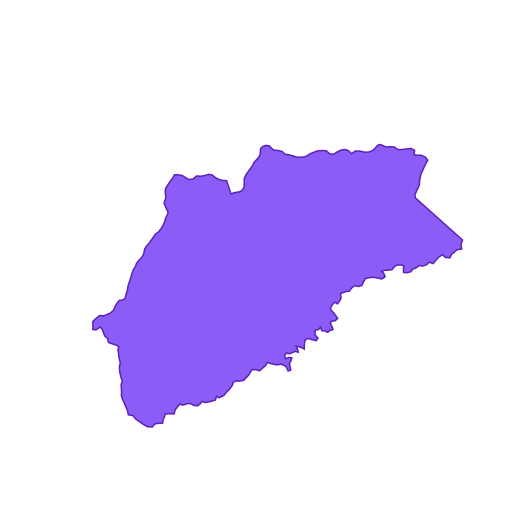 Boa Esperança do Sul, São Paulo, Brazil, rotated 145°
{"feature_id": "56859067B58098151233550", "entity_name": "Boa Esperança do Sul", "entity_type": "district", "adm_level": 2, "iso_a3": "BRA", "parent_name": "Brazil", "parent_adm1": "São Paulo", "projection": "mercator", "projection_center": [-48.46, -21.949], "detail": "fine", "context": "isolated", "style": "filled", "palette": "violet", "viewbox_px": 512, "rotation_deg": 145, "n_neighbors": 0, "source": "geoboundaries", "source_scale": "gbopen_adm2", "svg_char_len": 3748}
<svg xmlns="http://www.w3.org/2000/svg" viewBox="0 0 512 512"><g transform="rotate(145 256 256)"><path d="M321.3,162.9L318.8,159.9L315.0,160.4L311.3,160.7L307.8,162.3L305.3,159.0L301.4,154.9L297.3,152.9L294.8,148.4L295.6,143.3L292.9,142.7L291.4,146.2L290.3,148.8L287.6,150.1L285.0,152.1L287.4,154.2L290.4,154.6L290.1,157.7L286.7,159.2L284.9,156.8L282.0,156.1L278.4,155.3L276.6,153.0L275.3,156.2L274.9,159.2L271.4,155.2L269.8,152.1L266.8,156.3L263.8,159.0L260.9,158.8L258.7,156.1L255.2,152.1L252.3,153.2L252.9,157.5L250.0,161.4L246.8,159.8L244.1,160.7L244.9,157.0L242.6,155.2L241.0,152.3L238.3,152.6L235.2,151.5L234.2,154.3L233.9,158.4L231.2,159.2L228.3,157.5L224.9,158.1L224.9,162.8L225.2,166.8L225.6,170.1L221.3,172.4L217.7,172.9L216.8,170.1L213.6,171.0L210.3,172.9L208.4,176.7L203.8,175.7L199.7,173.7L196.1,174.9L192.0,175.1L189.5,172.2L186.2,171.2L179.4,174.8L174.8,172.9L171.1,170.4L168.3,167.4L166.2,165.1L162.2,164.9L161.3,168.5L161.9,171.2L158.7,170.5L156.2,168.7L152.4,166.8L148.7,168.0L145.5,167.6L142.2,165.4L140.6,163.1L142.6,161.0L144.5,157.9L142.0,155.7L138.1,154.3L135.3,155.4L132.0,154.5L127.8,154.6L125.2,152.1L121.0,151.0L117.8,151.7L115.3,148.2L111.2,149.3L106.6,150.3L102.6,150.1L101.5,145.9L98.1,143.3L94.9,145.2L91.7,145.4L87.8,145.9L83.6,143.7L81.4,148.0L77.7,150.6L92.1,212.0L91.0,214.7L87.2,217.2L84.1,218.8L81.3,220.7L78.2,224.5L74.1,228.3L70.4,230.5L67.7,232.1L64.1,234.1L60.3,236.0L60.6,239.9L62.9,243.8L65.9,245.8L68.4,248.5L65.5,251.5L67.2,255.2L70.6,256.9L74.0,258.8L76.5,260.1L78.8,261.9L80.0,265.8L83.7,268.8L87.1,270.8L88.9,274.2L91.2,276.7L94.3,276.6L97.7,275.7L101.1,275.7L104.5,276.7L107.6,278.9L110.3,281.9L114.3,285.0L119.0,285.0L120.0,289.6L122.0,292.2L125.6,294.0L130.0,294.7L134.2,294.8L137.0,297.5L138.1,301.9L141.3,304.4L145.2,306.8L149.8,308.0L153.0,308.7L156.3,308.8L159.6,309.4L162.6,311.3L165.9,313.5L168.1,316.6L170.9,319.9L173.9,322.8L174.6,326.5L177.2,329.7L180.7,332.4L181.5,335.5L181.9,338.6L184.7,341.1L187.8,341.8L190.6,341.4L193.7,337.5L196.4,335.5L200.2,334.6L204.3,333.7L206.8,332.1L211.8,330.4L217.1,328.5L221.0,326.4L226.2,319.3L229.7,317.7L232.7,318.0L237.8,320.5L240.9,321.0L236.9,334.6L239.8,336.9L242.3,339.7L244.2,343.2L245.5,347.6L248.1,350.1L251.8,351.3L255.5,353.0L258.7,355.6L263.6,355.2L267.0,357.1L268.5,359.9L270.1,364.0L272.9,366.9L276.2,369.3L279.0,367.9L283.7,366.3L287.5,364.8L291.3,363.2L293.7,360.4L296.6,355.2L301.0,352.1L302.4,345.2L303.0,342.0L308.7,338.5L311.7,336.1L315.0,334.2L317.9,332.9L322.0,331.7L326.1,331.5L335.9,327.9L340.7,326.7L343.2,325.6L346.5,322.4L350.4,320.3L354.1,319.7L358.2,318.5L360.6,316.6L364.5,315.0L368.2,312.4L372.3,309.1L375.3,306.9L378.2,304.7L380.8,301.9L384.2,299.3L387.6,296.4L390.6,296.4L393.3,298.0L396.5,297.2L399.7,295.8L403.9,293.3L408.3,292.8L411.8,293.6L415.2,294.4L418.1,296.9L423.5,296.6L427.3,295.9L429.0,293.3L431.8,289.4L429.7,287.4L427.0,287.1L424.3,287.2L424.0,284.3L425.8,277.2L424.9,273.5L426.5,269.9L424.0,266.3L421.7,263.3L420.3,260.4L423.0,258.3L424.2,255.5L425.9,252.7L427.3,249.4L428.4,246.4L431.7,243.3L434.3,238.8L436.2,234.1L437.3,229.9L440.0,228.3L442.4,224.6L444.3,221.4L446.1,219.3L447.5,215.5L448.2,211.3L449.2,207.1L450.0,203.0L451.7,199.1L448.4,196.0L448.0,191.3L446.5,187.1L444.8,182.5L443.0,178.6L439.1,175.5L435.0,176.4L431.4,174.7L428.3,172.6L426.0,175.2L423.1,176.8L421.1,178.7L417.4,176.5L413.7,173.6L410.4,176.4L407.4,177.2L403.6,178.5L401.0,175.5L397.4,174.7L394.5,172.9L392.6,169.3L389.9,166.8L386.5,166.9L383.7,167.9L381.4,164.9L377.3,163.1L371.8,161.3L368.9,163.7L367.5,161.0L362.4,160.2L357.8,161.5L353.9,162.1L349.4,163.7L346.9,165.7L343.7,164.9L341.1,162.8L337.1,161.2L333.2,162.1L330.3,162.7L327.4,164.0L324.4,165.2L321.3,162.9Z" fill="#8b5cf6" stroke="#5b21b6" stroke-width="1.5"/></g></svg>